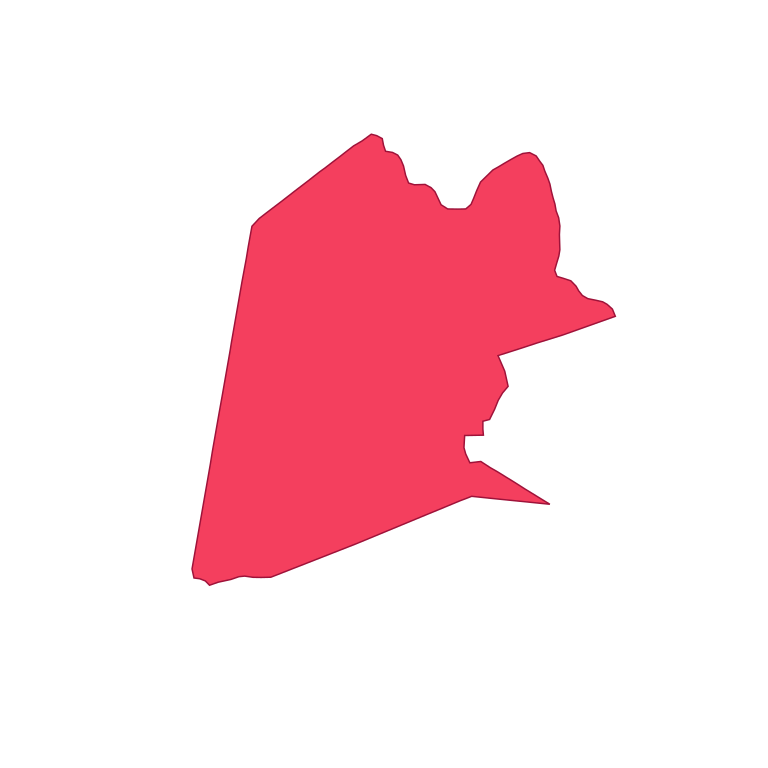 São Pedro da Aldeia, Rio de Janeiro, Brazil, rotated 222°
{"feature_id": "56859067B72272137778609", "entity_name": "São Pedro da Aldeia", "entity_type": "district", "adm_level": 2, "iso_a3": "BRA", "parent_name": "Brazil", "parent_adm1": "Rio de Janeiro", "projection": "natural_earth1", "projection_center": [-42.128, -22.782], "detail": "fine", "context": "isolated", "style": "filled", "palette": "rose", "viewbox_px": 768, "rotation_deg": 222, "n_neighbors": 0, "source": "geoboundaries", "source_scale": "gbopen_adm2", "svg_char_len": 1803}
<svg xmlns="http://www.w3.org/2000/svg" viewBox="0 0 768 768"><g transform="rotate(222 384 384)"><path d="M180.3,405.6L209.0,400.3L221.7,398.2L230.9,396.5L240.4,394.8L249.3,392.9L260.2,391.2L267.5,382.9L276.5,386.7L282.0,390.2L289.6,399.7L275.9,412.5L280.3,416.6L285.6,422.5L281.8,428.3L284.9,439.3L288.2,448.3L289.9,456.6L290.2,465.3L302.8,474.3L318.3,481.4L312.0,492.1L304.9,504.3L298.0,516.4L283.8,540.3L257.4,589.1L264.4,592.5L271.5,592.5L276.5,591.4L282.6,588.0L289.7,583.8L295.8,582.5L301.7,583.5L306.7,585.2L314.2,585.7L321.5,582.5L327.4,579.7L333.3,582.7L336.6,589.5L339.7,596.1L343.1,601.4L347.6,606.1L353.7,612.5L359.0,619.1L365.4,624.4L371.9,627.8L377.4,632.1L383.0,635.5L388.4,639.1L394.5,643.6L399.8,646.5L407.1,649.9L412.2,652.8L417.4,653.8L423.5,655.3L430.6,653.4L435.1,648.2L437.6,642.5L439.8,636.1L442.2,628.7L444.3,621.8L446.3,615.9L447.4,598.7L444.5,589.7L441.7,582.2L439.5,575.7L440.4,568.8L446.0,563.5L453.8,556.7L461.5,555.4L467.7,558.0L474.8,561.0L480.3,561.4L487.0,559.8L494.7,552.4L500.2,549.8L507.5,553.5L515.4,559.1L521.5,562.0L527.0,563.3L532.6,561.8L538.6,558.0L544.1,561.1L549.5,565.2L555.6,563.7L560.6,561.1L562.9,550.1L565.9,540.7L567.6,531.4L569.0,523.4L570.7,514.5L572.4,505.1L573.8,498.7L575.1,491.3L576.3,484.3L577.7,476.8L579.3,468.3L581.0,458.7L582.7,449.3L584.4,440.4L586.1,431.3L587.5,423.6L587.7,412.9L582.4,404.3L576.5,394.8L570.2,385.0L562.0,371.6L558.1,365.2L525.2,312.8L521.3,306.8L517.4,300.6L509.2,287.5L495.8,266.1L486.3,250.8L466.7,219.5L459.4,208.2L402.9,118.1L395.4,112.7L390.6,116.0L385.0,118.1L379.0,117.7L374.7,125.6L367.0,136.3L362.9,143.7L359.0,148.0L352.0,152.7L345.8,158.1L338.8,164.7L297.7,246.8L265.6,314.1L256.0,334.1L249.3,348.2L246.5,353.6L243.7,359.2L225.3,372.6L180.3,405.6Z" fill="#f43f5e" stroke="#9f1239" stroke-width="1.5"/></g></svg>